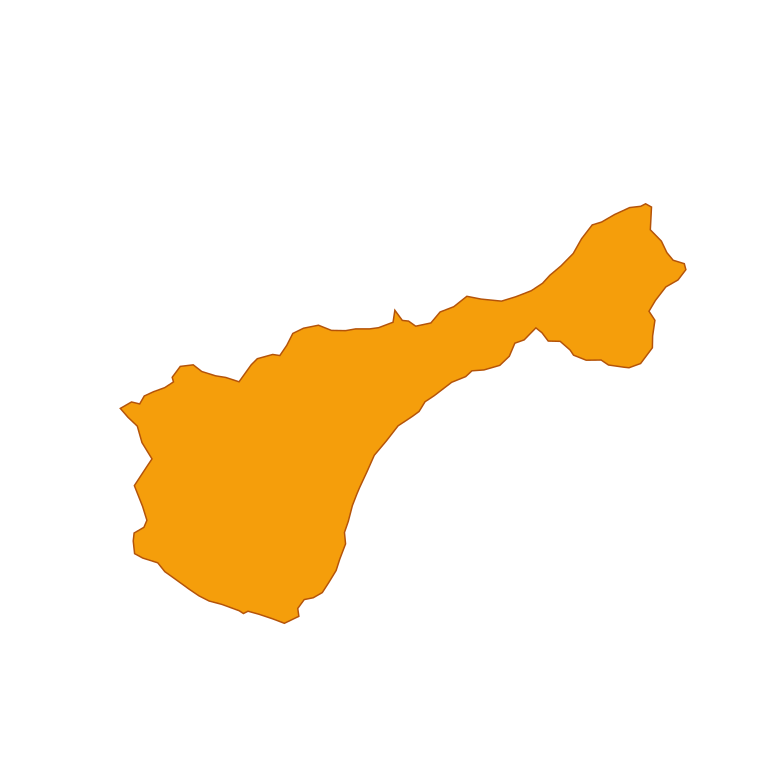 outline of Agios Therapon, Limassol, Cyprus, rotated 293°
{"feature_id": "46923920B43784935136584", "entity_name": "Agios Therapon", "entity_type": "district", "adm_level": 2, "iso_a3": "CYP", "parent_name": "Cyprus", "parent_adm1": "Limassol", "projection": "orthographic", "projection_center": [32.869, 34.783], "detail": "fine", "context": "isolated", "style": "filled", "palette": "amber", "viewbox_px": 768, "rotation_deg": 293, "n_neighbors": 0, "source": "geoboundaries", "source_scale": "gbopen_adm2", "svg_char_len": 1851}
<svg xmlns="http://www.w3.org/2000/svg" viewBox="0 0 768 768"><g transform="rotate(293 384 384)"><path d="M117.8,344.3L121.7,347.6L123.2,358.9L124.3,373.0L124.8,385.8L136.9,396.4L143.7,392.3L154.4,394.8L159.6,402.4L167.9,408.7L180.1,410.8L193.6,412.8L205.5,411.7L221.8,411.1L231.9,405.6L243.6,404.8L259.7,402.4L272.3,402.0L279.3,402.0L296.4,402.6L314.6,402.9L332.5,408.4L351.0,413.3L365.5,422.9L372.4,427.0L376.2,427.6L383.7,428.7L392.9,434.8L412.0,445.6L422.7,456.3L430.5,459.8L436.0,470.5L446.4,483.3L458.5,488.5L472.7,488.5L479.4,495.8L486.9,498.7L495.0,501.9L492.9,509.4L487.7,518.4L492.1,529.5L488.0,542.0L484.6,547.2L484.9,560.8L490.9,574.5L489.2,583.2L493.2,598.3L494.7,603.2L496.4,605.0L503.1,612.2L522.2,616.9L533.2,612.5L548.5,608.5L554.5,599.5L567.0,601.2L583.5,605.5L594.7,614.0L607.2,617.2L612.1,613.4L611.7,609.5L610.9,601.8L615.5,593.0L623.9,583.5L630.0,568.9L641.0,564.9L651.4,561.1L652.1,554.4L647.9,550.9L642.4,541.2L630.2,530.1L618.1,521.0L611.8,513.5L594.9,509.1L578.1,507.2L561.9,500.8L548.9,494.2L538.7,490.6L527.4,483.1L515.8,471.2L506.2,459.8L500.1,440.2L497.1,426.0L482.4,418.0L472.2,407.5L458.5,403.3L449.6,390.6L451.5,382.0L449.7,376.0L456.1,365.2L444.4,368.2L433.7,357.0L429.1,349.2L423.6,336.3L418.1,327.8L412.8,314.7L412.5,300.7L403.9,288.1L394.9,280.3L381.6,279.4L369.5,277.0L367.7,270.0L357.8,257.5L349.9,254.3L329.4,249.7L328.2,235.8L325.7,225.7L324.3,211.4L327.1,200.9L320.6,189.6L307.4,186.4L303.7,189.4L295.0,183.6L286.9,174.9L279.3,168.0L270.2,166.9L268.8,158.6L258.5,150.8L253.3,161.4L248.8,173.4L235.5,184.1L224.4,199.7L215.5,198.0L192.9,193.9L177.0,209.6L165.9,219.0L158.3,219.0L149.2,212.2L141.5,214.5L130.4,220.7L129.5,229.9L131.0,245.6L125.6,255.6L122.7,268.7L119.0,284.7L116.7,296.4L115.9,307.8L117.7,320.3L117.8,321.3L118.7,339.3L117.8,344.3Z" fill="#f59e0b" stroke="#b45309" stroke-width="1.5"/></g></svg>